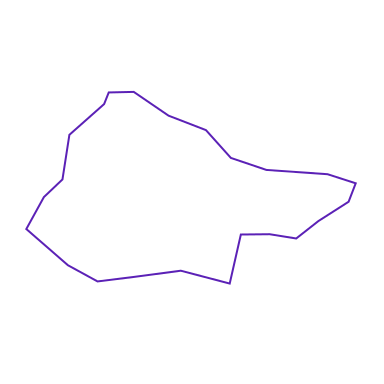 Xewkija, orthographic projection, rotated 184°
{"feature_id": "MLT-5986", "entity_name": "Xewkija", "entity_type": "state/province", "adm_level": 1, "iso_a3": "MLT", "parent_name": "Malta", "parent_adm1": "", "projection": "orthographic", "projection_center": [14.26, 36.029], "detail": "fine", "context": "isolated", "style": "outline", "palette": "violet", "viewbox_px": 384, "rotation_deg": 184, "n_neighbors": 0, "source": "natural_earth", "source_scale": "10m", "svg_char_len": 447}
<svg xmlns="http://www.w3.org/2000/svg" viewBox="0 0 384 384"><g transform="rotate(184 192 192)"><path d="M29.3,212.1L35.1,193.2L63.8,171.9L84.8,152.9L111.6,155.3L140.3,153.0L148.0,103.3L197.7,112.7L243.7,103.3L280.0,96.2L310.7,110.3L354.7,143.5L339.4,176.6L322.1,195.5L318.3,240.5L285.8,273.6L282.0,285.5L257.1,287.8L220.7,266.5L182.4,254.7L155.6,228.7L119.3,219.2L58.0,219.2L29.3,212.1Z" fill="none" stroke="#5b21b6" stroke-width="2"/></g></svg>